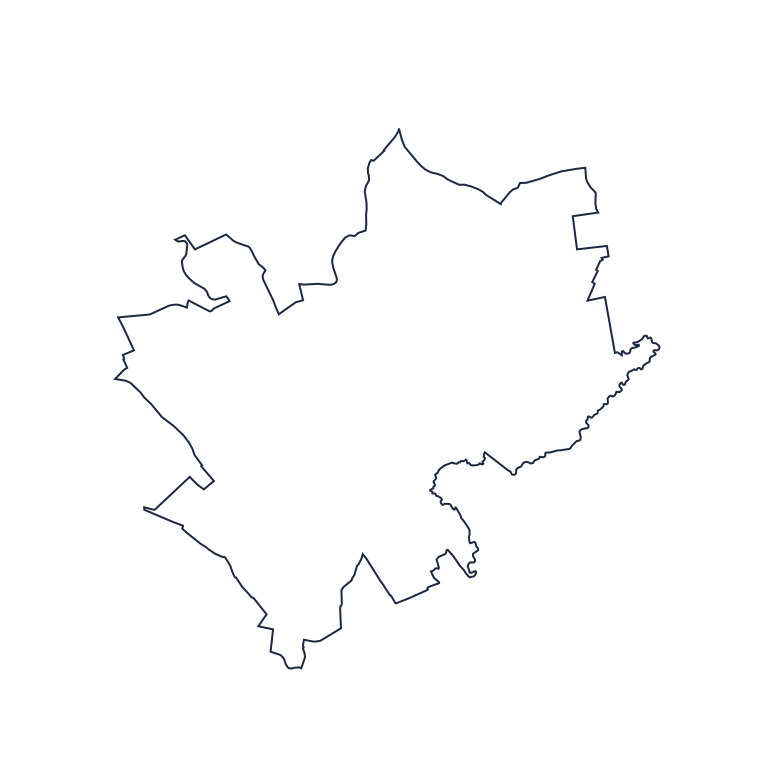 Abramut, Bihor, Romania, rotated 337°
{"feature_id": "2599482B23166371444315", "entity_name": "Abramut", "entity_type": "district", "adm_level": 2, "iso_a3": "ROU", "parent_name": "Romania", "parent_adm1": "Bihor", "projection": "albers", "projection_center": [22.27, 47.34], "detail": "fine", "context": "isolated", "style": "outline", "palette": "slate", "viewbox_px": 768, "rotation_deg": 337, "n_neighbors": 0, "source": "geoboundaries", "source_scale": "gbopen_adm2", "svg_char_len": 6154}
<svg xmlns="http://www.w3.org/2000/svg" viewBox="0 0 768 768"><g transform="rotate(337 384 384)"><path d="M626.3,470.9L627.6,471.2L630.1,468.3L633.9,467.5L637.0,467.4L639.1,463.8L640.7,463.2L644.3,463.2L645.6,462.8L645.8,461.9L644.8,459.8L645.0,458.7L646.3,458.5L648.7,459.8L650.7,459.4L651.8,458.1L652.2,456.6L650.2,452.7L648.0,451.6L647.2,450.7L647.4,448.1L647.9,446.5L647.2,445.2L644.7,445.2L644.5,444.0L644.6,442.3L643.0,441.5L642.1,441.6L639.0,443.5L636.3,444.1L633.1,444.4L629.9,443.4L629.4,444.1L630.5,446.4L633.8,447.4L633.5,448.6L629.8,448.6L626.5,447.9L624.7,448.2L622.5,451.2L620.8,451.3L618.7,450.8L617.7,449.4L617.0,447.2L615.6,447.1L614.1,450.4L611.3,446.0L608.7,445.6L621.4,390.2L603.9,386.8L617.1,374.1L615.5,371.6L624.9,363.5L623.9,361.7L630.9,355.4L633.9,355.1L633.6,353.0L640.6,354.3L643.1,344.0L614.3,335.5L623.3,303.3L648.2,309.9L647.8,305.5L649.3,300.0L653.4,291.3L653.5,290.3L651.0,283.7L650.0,276.9L650.4,273.4L653.8,263.6L645.1,261.1L630.4,257.6L617.5,256.4L607.7,256.1L593.7,254.4L587.7,252.1L583.8,255.7L579.2,255.3L575.3,256.4L562.8,262.8L561.8,264.0L551.9,250.0L550.3,246.1L547.3,242.0L541.2,236.0L536.0,232.0L531.1,230.0L522.9,221.1L519.7,215.7L515.8,211.9L509.9,207.5L506.0,203.0L503.6,198.4L501.3,192.4L495.7,173.7L496.0,165.2L497.6,154.7L495.9,157.1L490.5,160.9L475.1,168.7L475.4,169.4L461.6,174.5L459.7,172.8L456.8,174.9L453.3,179.3L451.8,183.2L451.4,186.5L450.8,188.6L449.4,191.1L444.6,194.8L441.5,199.2L438.8,210.1L436.3,216.4L433.9,220.6L429.9,230.5L427.1,235.5L419.2,234.9L415.6,236.3L413.8,235.8L411.6,234.3L409.7,233.6L405.2,234.1L397.5,238.4L391.1,242.9L386.7,246.9L384.0,251.1L382.6,258.1L381.9,268.2L381.0,270.3L379.7,271.6L378.1,272.1L375.9,272.3L373.0,271.6L361.9,265.8L349.3,261.3L345.0,258.9L342.2,275.3L334.7,274.3L314.4,278.7L314.4,270.5L314.7,263.6L313.6,241.0L314.3,237.5L315.5,235.8L319.3,233.0L318.2,229.6L315.5,224.6L314.4,215.8L314.2,210.0L313.6,206.2L313.0,204.7L304.3,196.9L301.6,193.8L297.1,184.7L262.6,186.2L258.8,169.3L248.2,169.6L249.6,171.8L250.4,172.5L255.5,174.0L256.6,174.8L257.4,176.5L257.5,178.6L253.1,186.6L251.5,188.4L247.2,190.7L245.8,192.3L244.0,199.0L243.8,202.1L244.4,206.5L245.8,210.5L248.7,216.8L256.0,226.3L257.1,230.4L256.8,233.3L257.1,235.6L257.8,237.5L259.5,239.2L261.5,240.3L273.0,241.6L273.8,244.1L274.2,247.4L257.2,248.0L253.6,249.3L251.9,249.0L236.8,230.8L234.6,233.0L232.5,236.6L226.2,231.1L224.2,229.9L220.2,228.5L216.7,227.9L195.6,228.5L165.3,218.8L166.2,230.3L167.0,255.3L154.9,255.3L154.8,259.2L153.7,259.5L153.9,268.8L150.3,269.3L138.4,274.3L147.3,279.9L151.0,283.8L156.6,296.7L158.1,303.0L161.6,310.7L166.6,327.5L173.8,340.1L179.4,352.9L181.6,362.0L182.3,368.6L181.9,375.4L184.8,387.8L183.6,388.2L189.5,406.8L177.0,410.6L172.9,403.8L168.9,393.6L124.3,410.0L123.2,410.0L115.1,403.8L114.2,406.1L136.1,428.8L143.0,435.3L143.6,436.0L141.8,438.3L143.9,443.1L152.9,459.7L156.4,464.5L157.8,467.5L162.4,474.5L167.4,479.7L169.7,481.1L170.2,482.6L171.5,491.4L171.0,497.2L171.1,502.7L171.3,503.7L172.2,504.3L174.2,515.2L179.1,529.2L180.2,529.7L185.9,550.1L173.7,557.9L186.0,566.5L175.0,586.1L182.7,592.9L184.0,595.7L184.5,598.0L184.1,603.8L184.7,607.1L185.3,608.3L187.4,609.7L191.1,610.3L195.6,611.9L196.8,613.3L204.5,604.7L205.8,600.5L205.9,596.6L206.6,595.1L207.7,595.6L206.8,594.4L206.8,593.7L210.4,588.1L218.0,593.3L220.3,594.4L225.1,595.5L249.0,592.0L255.4,574.8L256.5,572.3L259.1,570.3L264.3,557.1L267.2,555.1L277.2,552.2L279.1,550.2L282.1,548.3L288.1,540.8L290.0,540.1L295.0,536.0L297.9,532.4L299.5,537.6L304.0,565.5L304.3,565.6L307.0,581.1L307.8,581.6L308.8,589.9L309.2,590.6L325.1,591.0L344.0,590.5L344.1,588.9L345.4,588.2L356.8,588.8L357.2,588.3L356.8,587.0L354.2,582.0L354.0,574.9L357.0,574.9L358.9,574.0L360.3,574.1L362.1,575.3L362.6,574.9L363.1,572.0L363.8,566.1L366.9,564.5L373.9,564.4L375.3,563.4L376.8,561.4L377.3,561.4L377.9,561.6L380.5,569.3L382.9,581.1L384.8,586.4L385.4,590.3L387.1,595.3L391.4,596.2L393.6,595.2L394.7,594.1L395.3,592.7L394.9,591.9L390.5,591.9L389.2,590.9L390.0,584.3L391.3,582.8L393.6,581.9L397.0,583.4L398.6,582.7L399.2,580.4L398.7,577.6L399.5,575.1L405.7,573.8L406.3,572.3L405.5,569.0L406.2,565.8L405.4,564.7L401.0,564.2L401.0,562.9L402.2,558.3L404.2,555.6L405.7,551.7L405.3,548.3L403.7,540.5L402.9,538.5L402.7,537.0L403.0,536.4L402.9,533.1L401.9,525.8L401.5,525.6L399.9,527.1L399.2,526.7L398.5,524.9L397.9,520.7L396.9,519.7L393.2,518.0L391.0,518.3L390.7,517.9L390.0,516.4L390.2,514.1L392.2,513.0L392.1,511.5L389.9,508.4L388.5,507.6L388.4,504.9L385.8,503.7L386.4,502.4L386.3,501.9L384.9,500.5L385.1,499.6L388.5,499.3L389.2,498.1L391.2,497.3L391.6,496.3L391.3,494.6L391.5,493.1L395.3,491.1L395.6,487.5L398.6,486.7L401.5,484.3L402.7,483.9L408.0,482.6L414.9,482.9L416.2,483.1L417.8,484.7L420.3,486.0L422.2,485.2L423.3,485.8L425.0,484.9L426.9,486.1L429.8,485.7L430.2,486.7L429.8,488.6L429.8,489.6L431.7,490.2L432.2,492.6L433.5,493.5L437.5,494.9L439.9,495.1L441.0,494.5L443.0,496.4L443.8,496.5L444.4,496.1L444.2,494.1L446.5,493.3L447.8,492.1L447.9,491.4L447.4,489.9L448.7,487.6L450.1,486.3L464.8,512.5L466.1,513.7L466.4,517.1L467.2,517.9L468.5,518.4L469.6,518.4L470.7,517.7L472.2,514.7L473.7,513.6L478.0,513.5L481.1,511.2L483.1,511.0L484.8,511.4L486.5,512.7L487.7,514.3L490.0,515.0L493.1,513.1L497.1,513.4L499.0,511.9L502.0,513.7L503.9,513.6L504.7,512.5L505.3,510.9L506.0,510.4L510.8,512.1L517.2,512.8L521.2,514.2L529.4,516.2L530.7,515.8L532.7,514.4L539.1,511.8L541.6,512.4L543.0,512.1L544.4,509.6L545.3,504.1L546.5,503.3L548.9,502.9L554.3,504.1L555.8,503.1L556.0,501.3L555.1,499.3L555.1,498.1L555.8,496.8L557.5,496.2L558.8,493.9L559.8,493.8L561.7,496.0L562.9,496.1L565.4,494.6L568.3,494.6L569.3,494.2L570.5,492.0L572.2,492.1L576.0,490.9L577.3,490.2L578.1,488.9L578.9,488.4L581.1,489.7L581.9,489.6L582.7,489.0L584.2,484.7L587.0,483.2L588.2,483.4L589.9,485.0L591.1,485.0L593.2,483.8L594.8,482.1L597.7,483.5L600.6,482.5L600.8,481.1L599.9,478.5L600.1,477.1L600.7,476.4L603.0,475.4L603.5,475.7L603.5,477.2L604.0,478.3L605.4,478.6L607.7,476.3L610.2,475.8L611.1,475.1L611.5,470.6L614.2,468.4L616.2,468.7L620.1,468.2L620.7,469.2L622.0,469.6L623.6,468.8L624.9,468.7L625.7,469.4L626.3,470.9Z" fill="none" stroke="#1e293b" stroke-width="2"/></g></svg>